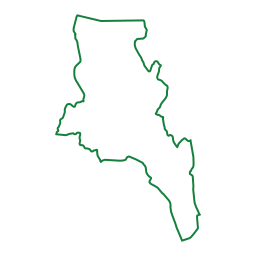 map outline of Catamarca (Equal Earth projection)
{"feature_id": "ARG-1300", "entity_name": "Catamarca", "entity_type": "Province", "adm_level": 1, "iso_a3": "ARG", "parent_name": "Argentina", "parent_adm1": "", "projection": "equal_earth", "projection_center": [-67.01, -27.65], "detail": "fine", "context": "isolated", "style": "outline", "palette": "green", "viewbox_px": 256, "rotation_deg": 0, "n_neighbors": 0, "source": "natural_earth", "source_scale": "10m", "svg_char_len": 5633}
<svg xmlns="http://www.w3.org/2000/svg" viewBox="0 0 256 256"><path d="M83.2,101.3L83.4,101.3L83.5,100.9L83.4,99.8L83.4,99.2L83.6,98.4L84.2,96.7L84.3,95.9L84.2,94.6L83.7,93.3L77.2,82.4L76.0,80.6L75.2,78.8L74.6,76.9L74.3,74.6L74.3,71.0L74.5,69.1L74.9,67.6L75.9,66.0L80.2,61.9L80.6,60.3L80.3,58.0L77.9,46.3L77.4,42.6L77.1,41.4L76.6,40.3L76.0,39.5L75.3,38.4L75.3,37.1L75.3,35.9L75.0,34.9L75.5,34.2L75.1,33.3L73.8,31.4L73.6,30.6L73.6,29.7L73.7,28.0L76.7,16.4L77.4,15.4L77.8,15.5L101.0,21.0L142.2,20.4L143.3,20.4L143.6,20.5L143.8,20.6L143.9,20.8L144.1,21.2L144.4,22.0L144.5,22.5L144.8,25.9L144.8,26.2L145.0,26.6L145.0,26.8L145.5,27.7L146.1,28.6L146.5,29.3L146.6,29.8L146.7,30.0L146.7,30.4L146.6,30.8L145.8,34.4L145.8,34.8L145.8,35.3L145.9,35.6L145.8,35.9L145.7,36.2L145.2,36.9L143.5,38.4L143.2,38.5L142.6,38.7L141.2,38.6L139.8,38.9L137.6,38.9L137.2,39.0L136.4,39.9L135.9,40.5L135.7,40.6L135.4,40.9L135.2,41.2L135.0,41.4L135.0,41.7L134.9,42.1L134.8,43.3L134.8,45.2L135.3,47.3L136.0,48.9L138.8,54.0L141.5,58.2L142.0,60.2L142.3,60.7L143.2,61.8L144.4,65.6L145.1,66.6L147.3,69.6L148.3,70.9L148.6,71.2L148.8,71.3L149.0,71.4L149.5,71.4L150.1,71.0L150.3,70.7L150.4,70.4L151.9,65.8L152.3,64.9L152.6,64.6L153.7,63.9L154.3,62.3L154.6,61.9L155.0,61.5L155.5,61.3L156.1,61.2L156.7,61.3L157.3,61.5L157.7,61.9L158.5,63.2L159.3,64.4L160.8,65.3L160.5,66.3L160.3,66.6L159.9,67.1L159.4,67.8L159.2,68.4L159.1,69.3L159.1,70.0L159.0,71.0L158.7,72.3L157.9,74.2L157.3,76.4L157.2,77.1L157.2,77.6L157.4,78.2L157.9,79.2L158.5,79.6L159.2,79.8L159.9,79.9L160.8,80.3L161.5,80.7L162.0,81.1L163.2,82.5L165.4,84.7L166.9,85.6L167.0,85.7L167.2,85.9L167.4,86.2L167.5,86.7L167.6,87.0L167.6,87.4L167.6,88.0L167.6,88.4L167.0,91.0L167.0,91.6L167.0,94.2L167.0,94.7L166.9,95.4L166.5,96.5L165.5,98.4L163.2,101.2L162.0,102.7L161.2,103.9L160.5,105.3L160.4,105.9L160.3,106.4L160.2,106.6L160.0,107.0L159.3,107.9L158.5,108.6L157.5,110.0L156.9,111.7L156.0,113.3L155.9,113.5L156.0,114.0L156.3,114.2L157.0,114.6L157.7,114.8L158.8,114.9L159.2,115.1L161.6,116.8L162.6,116.9L162.8,117.0L163.1,117.1L163.2,117.4L163.2,117.7L162.9,118.7L164.0,125.4L164.5,126.5L164.7,128.4L164.8,128.9L164.9,129.2L165.1,129.5L165.6,130.0L165.9,130.3L166.3,130.6L166.5,130.8L166.7,131.3L167.2,133.1L167.3,134.0L167.4,134.6L167.6,135.0L167.8,135.2L168.4,135.7L169.3,135.5L169.7,135.2L170.0,135.0L170.6,135.0L172.1,135.9L172.4,136.3L172.6,136.6L172.9,137.9L173.2,140.3L173.7,142.0L174.0,142.6L176.9,146.8L177.3,147.0L177.5,146.6L178.3,144.5L178.3,144.4L179.2,143.0L179.4,142.8L180.5,141.7L181.6,140.4L184.4,138.3L184.6,138.3L184.9,138.4L185.5,138.7L185.9,139.1L186.6,139.9L187.3,140.4L188.0,140.9L188.5,141.1L188.9,141.1L189.5,141.0L190.5,140.4L193.4,156.9L193.6,163.6L193.4,166.2L193.0,167.4L192.5,168.0L191.7,169.1L191.3,169.9L190.9,171.0L190.6,171.2L190.1,171.5L190.0,171.8L189.9,172.0L189.9,173.6L190.0,173.8L190.0,174.0L190.4,174.2L191.8,175.1L192.5,175.8L192.6,176.1L192.7,176.4L192.8,177.0L193.4,185.9L193.2,189.6L194.6,202.7L196.0,206.8L198.2,211.4L198.5,212.3L198.6,212.5L198.9,213.4L199.7,214.6L197.3,215.5L197.0,217.0L197.9,227.3L197.9,228.2L197.5,228.9L193.9,233.7L190.9,237.2L189.2,238.3L182.1,240.6L176.5,227.3L175.3,223.3L173.3,218.1L171.2,212.1L170.9,210.4L170.5,207.7L170.4,207.1L170.5,206.3L170.5,204.2L170.4,203.7L170.2,203.0L169.2,200.8L163.2,193.8L162.9,193.6L162.2,193.2L158.1,188.2L156.6,187.0L151.0,183.9L150.3,183.4L150.0,183.0L149.5,182.2L149.5,181.7L149.5,181.3L149.8,180.8L150.0,180.4L150.2,180.0L150.9,178.8L151.0,178.6L151.0,178.3L150.9,177.9L150.9,177.7L150.4,177.3L149.7,176.9L148.9,176.2L147.8,175.0L146.6,173.0L146.3,172.2L145.9,168.6L145.6,167.0L145.5,166.8L145.3,166.6L145.1,166.2L144.8,165.6L143.7,164.5L142.6,162.8L136.0,159.4L129.4,156.6L128.3,156.6L127.5,157.1L127.1,157.3L126.9,157.5L126.7,157.8L126.6,158.0L126.5,158.3L126.4,158.5L125.8,159.4L125.5,159.7L125.2,159.9L124.8,160.1L122.2,160.6L119.8,160.7L104.8,159.8L102.7,160.5L102.1,160.8L101.3,161.7L100.7,161.8L100.4,161.2L100.3,160.8L100.2,160.1L100.1,159.9L100.1,159.7L99.8,159.3L99.3,158.6L97.8,156.0L97.7,155.8L97.3,154.2L97.2,152.4L97.1,151.8L97.1,151.5L97.2,150.6L97.2,150.3L97.1,150.1L96.8,150.0L96.5,149.8L96.0,149.9L95.8,150.0L95.2,150.3L94.9,150.4L94.4,150.4L94.2,150.4L93.6,150.6L93.0,151.1L92.3,151.4L91.9,151.5L91.7,151.5L91.3,151.3L90.9,150.9L90.5,150.4L90.4,150.2L90.1,149.7L89.8,149.4L89.6,149.3L89.3,149.1L87.8,148.6L87.0,148.4L85.9,148.5L85.7,148.5L85.4,148.4L85.1,148.2L84.8,147.9L84.4,147.4L84.1,146.6L83.6,146.0L83.3,145.7L83.0,145.4L82.7,145.3L82.4,145.2L81.9,145.1L81.2,145.1L80.8,145.1L80.6,145.1L80.3,145.0L79.9,144.6L79.7,144.1L79.6,143.8L79.6,143.6L79.7,143.0L80.1,140.7L80.2,140.4L80.2,140.2L80.2,139.9L80.1,139.7L79.7,138.9L79.7,138.7L79.6,138.3L79.6,137.8L79.6,137.2L79.6,136.9L80.2,134.8L80.2,134.2L80.2,133.9L80.2,133.7L80.1,133.2L79.7,132.9L79.4,132.8L77.8,132.6L77.5,132.7L77.1,132.8L76.7,133.2L76.4,133.5L76.1,133.8L76.0,134.0L75.5,134.2L75.2,134.2L74.9,134.2L74.4,134.1L74.1,134.0L73.3,133.4L73.1,133.3L72.8,133.3L72.5,133.3L71.6,133.6L69.2,133.9L68.9,134.0L68.2,134.4L66.0,135.2L56.8,134.3L56.3,134.2L56.7,132.5L56.9,132.0L57.2,131.7L58.1,131.1L58.3,130.8L58.1,130.1L57.9,129.6L57.7,129.0L57.7,128.3L57.9,127.8L58.7,126.9L59.0,126.4L59.8,124.2L60.2,123.0L60.3,121.9L60.1,121.3L60.1,120.7L60.2,120.1L60.4,119.6L61.0,119.1L62.2,118.3L62.7,117.8L63.1,117.2L64.7,112.6L64.8,111.9L64.8,110.1L64.8,109.3L65.1,108.2L66.5,105.4L67.0,104.7L67.4,104.4L68.7,104.0L70.2,104.1L71.5,105.0L72.6,106.1L73.9,106.8L74.8,106.6L75.1,106.0L75.3,105.1L75.7,104.1L76.3,103.3L77.0,102.7L77.8,102.4L79.6,102.3L80.3,102.1L81.8,101.3L82.2,101.2L83.2,101.3Z" fill="none" stroke="#15803d" stroke-width="2"/></svg>